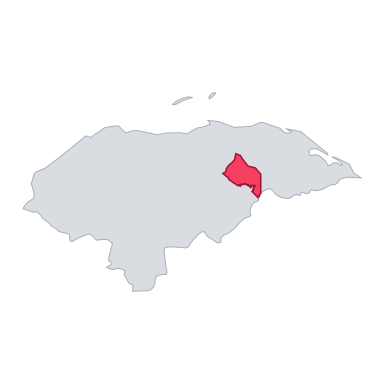 Dulce Nombre de Culmi, Olancho, Honduras shown in context
{"feature_id": "27666195B72562154839723", "entity_name": "Dulce Nombre de Culmi", "entity_type": "district", "adm_level": 2, "iso_a3": "HND", "parent_name": "Honduras", "parent_adm1": "Olancho", "projection": "orthographic", "projection_center": [-85.246, 15.042], "detail": "fine", "context": "in_parent", "style": "filled", "palette": "rose", "viewbox_px": 384, "rotation_deg": 0, "n_neighbors": 0, "source": "geoboundaries", "source_scale": "gbopen_adm2", "svg_char_len": 5313}
<svg xmlns="http://www.w3.org/2000/svg" viewBox="0 0 384 384"><path d="M361.0,177.9L347.0,177.2L340.4,179.0L337.5,182.9L335.0,184.7L332.9,184.3L328.7,185.9L322.4,189.4L316.7,190.7L311.6,189.9L310.2,190.8L309.8,191.9L309.0,193.0L307.0,193.6L304.8,193.3L302.2,192.1L300.9,192.6L300.7,194.9L299.3,195.5L296.7,194.5L293.8,195.3L290.6,198.0L286.0,198.6L280.1,197.1L275.5,194.1L272.2,189.8L268.4,188.7L261.6,192.0L258.7,195.7L258.1,198.0L258.8,200.1L257.5,201.5L254.4,202.2L252.0,204.8L250.3,209.2L250.0,212.6L251.0,215.0L249.4,216.8L245.3,217.9L240.4,221.7L234.8,228.2L229.1,232.7L223.6,235.3L220.9,238.2L221.0,241.3L220.7,242.3L219.6,242.6L217.8,243.1L207.1,236.2L204.0,231.4L201.3,232.2L197.9,234.6L193.1,239.9L188.0,247.1L185.5,247.9L172.8,246.8L166.0,247.4L164.6,248.4L164.0,251.0L164.3,254.6L166.1,267.4L167.1,272.7L166.1,274.4L162.6,274.6L158.2,275.3L155.7,277.7L155.1,280.2L154.9,283.7L153.4,287.3L150.6,289.8L147.9,290.7L132.6,291.3L132.9,285.3L128.6,282.9L126.1,277.9L124.0,274.5L124.7,272.5L124.5,270.2L118.3,268.2L112.5,269.6L109.2,268.7L106.7,267.4L111.0,264.5L111.3,262.7L110.0,261.4L108.6,260.5L109.0,257.2L109.9,253.3L112.4,244.1L111.5,242.5L107.7,239.7L102.8,239.4L97.4,240.2L94.8,238.8L92.5,235.6L88.7,234.0L81.8,236.4L74.6,240.1L72.3,241.5L70.5,241.3L69.7,238.4L69.4,235.0L69.0,234.2L65.1,233.0L60.6,232.0L58.4,231.1L56.2,228.8L50.9,225.7L49.7,223.5L42.6,218.4L41.2,215.9L39.6,214.0L36.2,211.6L33.5,212.2L24.4,209.1L23.0,208.8L24.3,206.3L27.3,202.5L33.6,198.3L34.2,194.8L32.7,188.0L31.1,183.6L32.0,181.7L34.1,173.9L35.7,172.1L44.7,168.3L45.6,167.8L52.8,162.3L60.8,156.3L69.1,149.6L78.3,142.1L83.4,137.8L85.8,135.9L91.0,137.5L95.2,134.0L97.6,132.8L103.3,128.6L105.0,127.7L114.4,126.0L118.9,126.1L122.9,130.5L126.0,132.9L131.9,130.9L136.9,130.5L157.4,134.8L165.5,133.0L180.5,132.7L187.2,133.8L196.7,128.1L202.8,127.0L210.0,124.3L209.1,121.5L207.3,120.3L218.3,121.5L234.5,127.4L251.8,126.3L258.1,123.2L262.1,122.3L279.9,128.2L284.6,132.8L288.2,133.3L291.0,132.2L291.8,131.2L288.3,130.3L286.7,128.8L300.7,131.6L327.2,153.2L327.8,154.9L316.5,148.6L310.5,149.1L308.9,150.1L309.3,153.7L309.9,155.3L312.4,155.5L314.3,154.5L319.0,155.6L322.1,157.9L325.8,161.5L328.1,165.4L330.5,165.4L332.9,163.0L337.3,162.7L340.3,165.3L342.3,165.1L339.4,161.1L332.6,157.2L334.2,157.0L349.3,164.1L353.7,173.1L357.2,175.2L361.0,177.9ZM184.0,100.2L175.3,104.6L172.6,104.5L176.5,101.1L183.0,98.2L188.4,96.8L192.8,97.5L184.0,100.2ZM213.6,95.7L209.5,98.9L208.8,97.5L210.8,94.5L213.2,92.7L215.6,92.9L215.1,94.2L213.6,95.7Z" fill="#d9dde1" stroke="#a8b0b8" stroke-width="1"/><path d="M235.8,153.7L234.6,159.3L234.5,159.7L232.1,162.4L228.9,165.2L227.2,167.2L225.9,169.7L225.9,169.8L226.0,170.0L226.2,170.5L226.2,170.8L226.2,171.0L225.9,171.3L225.0,172.3L222.8,173.4L226.8,176.8L227.0,176.8L227.2,176.7L227.3,176.6L227.5,176.7L227.8,176.7L228.3,178.0L228.8,179.4L229.1,179.7L233.5,182.8L237.5,185.4L237.7,185.5L237.8,185.4L237.9,185.5L238.0,185.5L238.3,185.6L238.5,185.6L238.8,185.6L238.8,185.3L238.8,185.2L239.0,185.3L239.3,185.4L239.5,185.5L239.6,185.8L239.8,185.8L239.8,185.7L240.0,185.9L240.3,185.8L240.3,185.7L240.4,185.8L240.4,185.7L240.2,185.5L240.3,185.5L240.3,185.4L240.5,185.2L240.8,185.1L240.8,184.9L241.0,184.7L241.2,184.4L241.3,184.3L241.6,184.4L241.7,184.5L241.8,184.5L241.8,184.4L241.9,184.5L242.0,184.5L242.4,184.6L242.5,184.5L242.8,184.7L243.0,184.4L243.3,184.3L243.4,184.2L243.5,184.1L243.8,184.0L243.9,183.9L244.0,183.9L244.2,183.7L244.3,183.6L244.4,183.8L244.5,183.8L244.6,184.0L244.8,183.9L245.0,183.9L245.2,183.7L245.3,183.8L245.5,184.0L245.8,184.1L245.7,184.3L245.8,184.3L246.0,184.3L246.3,184.6L246.5,184.7L246.5,184.9L246.7,185.1L246.8,185.1L247.0,185.1L247.3,185.2L247.3,184.9L247.4,185.0L247.5,185.1L247.8,185.1L248.0,185.0L247.9,185.2L248.0,185.3L248.1,185.5L248.3,185.5L248.5,185.6L248.7,185.8L248.8,185.9L249.0,185.9L249.1,186.0L249.3,186.0L249.3,186.3L249.5,186.6L249.8,186.7L250.0,186.6L250.2,186.8L250.3,187.0L250.3,187.3L250.5,187.3L250.8,187.3L251.0,187.2L251.0,187.3L251.2,187.2L251.1,186.9L250.9,186.7L251.0,186.7L250.9,186.4L250.9,186.2L251.0,185.9L250.9,185.8L250.9,185.7L251.0,185.7L251.2,185.4L251.3,185.4L251.5,185.3L251.8,185.5L251.7,185.8L251.7,186.0L251.8,186.1L252.0,186.0L252.1,185.9L252.2,185.6L252.3,185.5L252.5,185.4L252.8,185.4L253.0,185.3L253.2,185.2L253.4,185.2L253.4,185.3L253.4,185.5L253.5,185.7L253.6,185.8L253.9,185.9L254.0,186.0L254.1,185.9L254.3,185.8L254.8,186.0L254.9,185.9L255.0,185.8L255.1,186.1L255.1,186.3L254.9,186.5L254.7,186.5L254.4,186.8L254.2,186.9L253.9,186.8L253.7,186.8L253.6,187.1L253.5,187.3L253.6,187.6L253.5,187.9L253.4,188.1L253.5,188.4L253.4,188.4L253.3,188.5L253.2,188.7L253.2,188.8L253.3,189.1L253.2,189.1L253.1,189.3L253.0,189.5L252.9,189.6L252.9,189.8L252.8,190.0L252.7,190.1L252.8,190.3L253.0,190.3L253.1,190.5L253.2,190.8L253.1,191.0L252.8,191.1L252.7,191.1L252.7,191.3L252.4,191.4L252.2,191.4L252.0,191.5L257.2,196.8L258.0,197.6L258.0,197.4L258.0,197.2L258.1,196.9L258.2,196.6L258.3,196.6L258.6,196.5L259.0,196.6L259.3,196.4L259.3,196.2L259.6,195.7L259.6,195.4L259.3,195.2L259.2,195.1L259.2,194.9L259.3,194.8L259.4,194.7L259.7,194.4L259.8,194.3L260.0,194.2L260.5,193.8L260.7,193.7L260.8,193.6L260.8,187.4L260.7,174.1L256.0,168.7L255.4,167.9L247.9,166.0L242.8,159.3L240.2,155.4L235.8,153.7Z" fill="#f43f5e" stroke="#9f1239" stroke-width="1.5"/></svg>